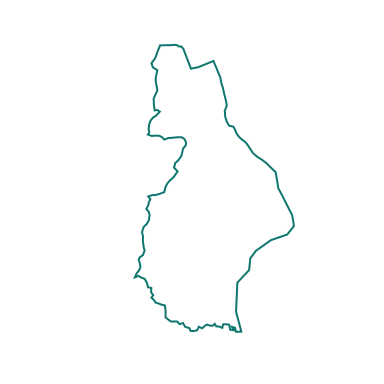 Paulicéia, São Paulo, Brazil (Mercator projection), rotated 158°
{"feature_id": "56859067B44376759807696", "entity_name": "Paulicéia", "entity_type": "district", "adm_level": 2, "iso_a3": "BRA", "parent_name": "Brazil", "parent_adm1": "São Paulo", "projection": "mercator", "projection_center": [-51.775, -21.212], "detail": "fine", "context": "isolated", "style": "outline", "palette": "teal", "viewbox_px": 384, "rotation_deg": 158, "n_neighbors": 0, "source": "geoboundaries", "source_scale": "gbopen_adm2", "svg_char_len": 2298}
<svg xmlns="http://www.w3.org/2000/svg" viewBox="0 0 384 384"><g transform="rotate(158 192 192)"><path d="M198.6,44.1L198.2,46.9L196.0,64.5L183.9,91.0L168.3,98.2L162.8,108.6L154.9,113.5L137.0,117.8L119.7,116.9L110.4,122.1L109.5,125.1L107.8,132.9L109.1,147.7L109.8,156.3L110.6,163.0L107.9,174.8L107.1,179.1L112.2,190.8L115.5,196.4L118.0,199.7L120.8,204.9L122.2,211.8L123.1,216.1L124.1,218.8L126.6,222.9L127.9,226.1L128.8,230.1L128.8,233.7L129.1,237.0L132.8,239.7L133.4,244.4L133.0,249.3L131.3,254.8L127.4,259.1L126.6,262.4L126.1,265.4L125.2,272.1L124.3,277.2L124.1,281.1L123.4,284.9L122.8,287.8L122.9,293.9L122.9,298.4L123.0,301.2L123.0,305.5L127.2,305.4L139.3,305.4L146.8,306.7L146.4,327.7L147.3,330.8L149.7,331.9L151.2,334.1L153.7,335.2L157.1,336.2L161.0,337.8L166.7,339.9L169.1,337.4L171.9,334.5L173.5,332.5L176.1,329.9L179.1,327.9L181.3,326.6L181.6,322.2L178.5,317.9L180.9,314.4L183.0,311.1L184.3,307.6L185.2,302.9L186.1,299.1L190.1,295.4L192.5,293.0L194.5,287.7L196.0,281.7L193.6,281.1L191.7,278.6L197.3,276.0L200.2,275.7L204.0,273.4L206.5,270.6L208.7,266.5L209.3,263.3L211.4,261.8L208.3,259.0L205.3,258.2L201.0,256.2L199.1,253.8L198.1,251.0L193.6,250.9L189.8,249.6L185.2,248.3L180.9,246.5L179.1,243.8L179.0,239.9L180.3,237.7L184.2,235.4L185.8,232.9L188.3,229.5L190.5,228.0L193.1,226.4L196.6,225.2L199.5,221.4L197.7,216.5L203.0,212.9L208.2,210.9L210.9,209.6L214.3,207.0L217.8,202.3L223.3,202.4L227.4,203.0L229.8,204.0L234.2,204.3L233.3,201.0L235.8,198.7L237.6,196.0L240.7,193.4L239.5,190.0L240.0,186.4L242.4,182.2L245.8,179.4L249.9,177.7L253.4,173.5L254.1,168.9L255.5,166.2L256.3,163.3L257.5,159.0L257.8,155.6L261.1,151.9L264.9,151.0L266.7,149.1L267.4,143.4L268.5,140.9L270.6,139.1L273.9,137.2L276.9,134.3L273.1,134.3L271.0,131.5L268.4,129.2L267.8,124.3L268.5,120.2L265.7,118.2L267.5,114.3L266.6,110.9L269.2,109.2L267.8,106.3L267.2,103.1L264.5,100.9L262.3,98.8L259.7,97.1L260.4,93.6L261.8,89.7L263.5,85.7L262.2,83.3L260.1,79.8L256.6,78.5L254.1,77.3L253.0,74.1L249.4,73.8L248.9,69.7L245.4,66.7L245.4,63.8L242.7,62.5L239.1,61.8L236.1,64.5L233.7,61.8L230.8,62.9L227.8,63.5L225.6,61.5L222.8,60.2L220.3,61.2L219.8,58.3L217.0,56.9L214.8,54.7L212.7,57.6L209.7,56.5L207.3,55.1L208.2,50.0L205.2,48.3L205.4,51.9L203.0,50.0L203.6,45.9L198.6,44.1Z" fill="none" stroke="#0f766e" stroke-width="2"/></g></svg>